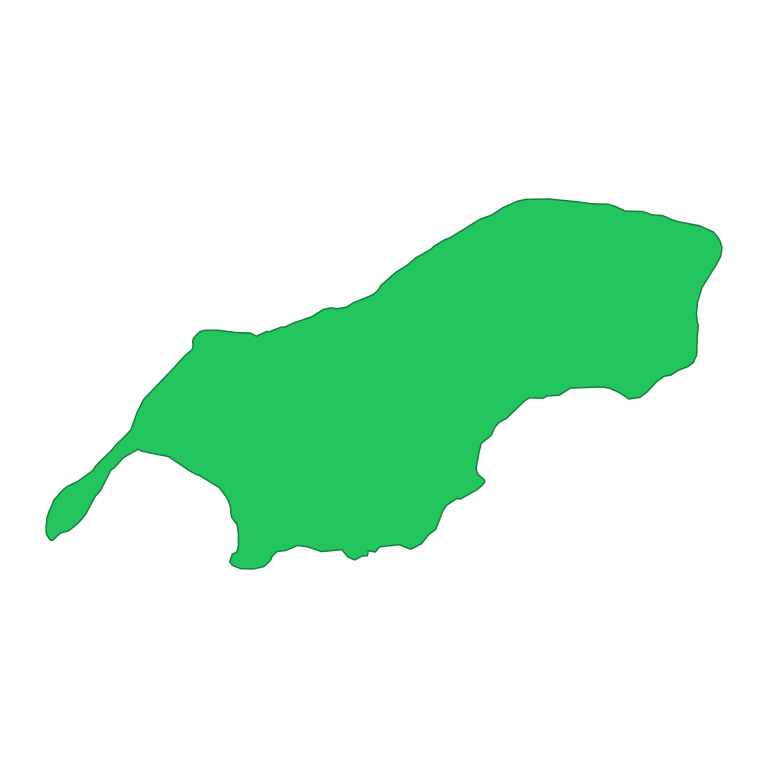 Rota, Rota, Northern Mariana Islands
{"feature_id": "39175420B64217482742742", "entity_name": "Rota", "entity_type": "district", "adm_level": 2, "iso_a3": "MNP", "parent_name": "Northern Mariana Islands", "parent_adm1": "Rota", "projection": "mercator", "projection_center": [145.199, 14.155], "detail": "fine", "context": "isolated", "style": "filled", "palette": "green", "viewbox_px": 768, "rotation_deg": 0, "n_neighbors": 0, "source": "geoboundaries", "source_scale": "gbopen_adm2", "svg_char_len": 3343}
<svg xmlns="http://www.w3.org/2000/svg" viewBox="0 0 768 768"><path d="M46.1,527.2L46.1,529.9L46.2,532.2L46.4,534.2L47.4,535.9L48.7,537.8L49.7,539.3L50.3,540.2L52.5,540.3L55.1,538.1L58.1,535.1L60.7,533.0L64.0,532.0L67.7,531.2L70.1,529.7L74.1,526.5L77.7,523.4L80.5,520.4L85.6,514.4L95.0,496.6L99.6,491.5L100.5,490.5L111.1,469.8L114.2,467.9L121.2,460.1L123.3,457.7L138.2,449.2L141.7,451.2L144.9,451.7L145.8,451.8L149.2,452.8L167.2,456.3L168.4,456.5L182.9,466.2L189.5,470.8L193.8,473.1L194.1,473.3L196.3,474.5L200.2,475.9L215.1,485.0L219.4,487.7L221.2,490.0L227.6,498.9L230.5,506.8L230.6,508.8L230.7,511.7L231.1,513.8L231.6,517.2L237.1,524.5L238.5,533.8L238.3,547.0L237.5,550.0L236.4,552.5L232.4,554.0L229.7,561.7L232.4,565.4L232.5,565.4L240.6,568.6L253.2,569.0L256.3,568.3L263.8,566.6L264.7,565.8L268.5,562.5L270.8,559.6L272.1,556.5L276.8,551.6L285.8,550.4L291.7,548.0L297.6,545.5L307.8,546.8L321.5,551.6L341.2,549.7L341.9,549.6L347.4,556.5L353.3,559.5L355.3,559.7L361.9,556.1L367.4,555.7L368.2,550.8L375.3,552.0L379.6,546.8L398.2,544.8L399.2,544.7L410.6,549.2L419.3,544.9L419.7,544.7L421.2,543.9L425.2,539.0L428.7,534.6L428.9,534.4L435.7,529.3L442.8,511.1L445.3,507.3L446.7,505.1L456.6,498.6L459.2,498.9L460.5,499.0L477.0,489.7L481.6,485.8L484.0,483.2L484.8,481.4L483.8,479.3L481.9,477.6L478.2,474.6L476.6,471.1L476.2,467.4L479.3,450.8L479.4,450.6L481.1,443.5L485.5,440.0L488.7,437.5L489.2,437.1L491.5,435.0L494.2,428.1L496.5,425.4L499.0,422.5L501.3,421.2L506.4,418.4L511.0,414.0L517.8,407.4L524.9,400.6L529.6,397.8L542.8,398.2L543.3,398.2L547.6,395.8L558.2,395.4L559.5,395.1L565.5,391.2L570.4,388.1L602.6,386.9L610.4,388.5L619.9,392.9L628.9,399.0L639.9,397.4L646.9,392.1L649.0,389.9L657.1,381.2L658.3,380.4L664.2,376.3L670.9,375.1L678.3,370.3L682.7,368.6L687.6,366.7L687.8,366.6L690.3,364.8L693.6,362.3L694.8,358.9L696.5,355.8L696.8,352.0L696.8,348.9L696.8,343.9L697.2,340.7L697.2,337.9L698.3,325.2L697.2,322.1L696.4,312.8L697.6,301.8L701.9,287.7L707.1,279.3L716.8,263.8L720.4,256.9L721.6,251.3L721.9,247.2L720.7,243.1L720.2,241.6L718.1,237.7L716.0,235.0L713.1,231.9L699.0,225.6L694.8,224.9L680.2,222.1L679.9,222.1L672.5,220.0L662.6,215.6L651.7,214.8L642.6,211.5L625.0,211.1L615.9,206.7L608.1,204.2L606.8,204.2L592.4,203.8L586.6,203.1L576.7,201.8L562.8,200.4L548.8,199.0L525.6,199.4L517.0,201.4L503.3,207.5L491.5,215.2L488.0,216.4L480.1,219.2L449.9,237.9L445.2,239.5L442.4,241.1L433.8,246.4L431.0,249.2L416.1,257.7L407.5,265.0L396.5,271.9L392.5,275.3L386.6,280.5L381.2,285.2L380.4,286.5L380.1,286.9L378.8,289.2L376.5,291.7L373.0,294.7L366.7,297.4L353.7,302.6L352.3,303.5L346.6,307.1L337.6,308.7L330.9,307.9L323.7,309.4L323.1,309.5L311.7,316.8L293.6,322.9L284.2,327.3L281.9,326.9L269.3,331.8L266.9,331.4L256.4,336.2L250.1,333.0L235.9,332.6L217.5,330.2L205.7,330.2L202.7,330.8L199.9,331.8L196.9,334.4L194.6,337.2L193.9,337.9L193.2,339.2L192.7,341.0L192.9,342.9L193.0,344.0L193.0,345.3L192.9,347.7L192.9,347.8L191.5,350.2L184.5,356.1L173.9,367.8L143.7,399.4L137.0,412.8L133.4,422.8L130.7,430.2L123.3,437.8L121.7,439.5L117.2,443.5L110.7,451.3L105.2,456.5L100.8,460.6L99.7,461.8L95.7,465.9L93.0,470.2L91.5,471.5L88.2,473.9L83.6,477.2L78.1,481.2L69.9,485.2L67.1,486.5L63.2,489.7L60.9,492.2L55.0,498.8L53.8,500.2L51.0,507.5L49.2,511.0L47.1,517.6L46.9,519.2L46.5,522.0L46.4,524.8L46.1,527.2Z" fill="#22c55e" stroke="#15803d" stroke-width="1.5"/></svg>